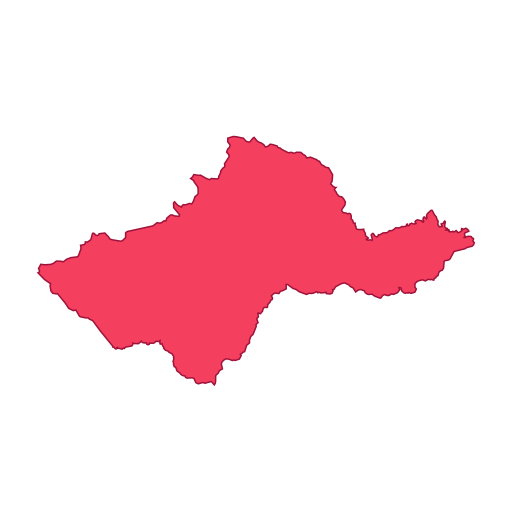 Ngoc Hoi, Kon Tum, Vietnam, rotated 58°
{"feature_id": "81297802B1803091954954", "entity_name": "Ngoc Hoi", "entity_type": "district", "adm_level": 2, "iso_a3": "VNM", "parent_name": "Vietnam", "parent_adm1": "Kon Tum", "projection": "mercator", "projection_center": [107.691, 14.739], "detail": "fine", "context": "isolated", "style": "filled", "palette": "rose", "viewbox_px": 512, "rotation_deg": 58, "n_neighbors": 0, "source": "geoboundaries", "source_scale": "gbopen_adm2", "svg_char_len": 6094}
<svg xmlns="http://www.w3.org/2000/svg" viewBox="0 0 512 512"><g transform="rotate(58 256 256)"><path d="M207.8,153.3L206.6,153.4L201.1,157.4L199.6,161.0L196.9,161.0L194.7,162.2L191.9,163.0L189.5,166.6L189.1,169.2L186.6,171.3L185.8,173.7L178.9,177.9L177.5,178.1L175.7,179.9L173.8,179.8L170.0,183.2L168.7,184.7L169.3,187.9L168.4,190.3L165.8,190.4L163.0,191.6L160.9,193.3L158.6,194.2L154.4,194.7L154.5,196.6L156.0,200.6L155.6,201.8L153.2,203.7L149.5,204.2L144.5,209.4L142.6,211.9L141.1,217.5L144.3,219.5L148.2,219.1L149.8,220.9L150.3,223.3L152.3,225.9L155.6,225.4L157.5,226.1L161.1,233.9L162.3,234.2L163.9,235.6L163.9,237.5L165.2,240.9L165.9,241.2L167.9,243.8L168.6,245.3L170.1,246.4L170.3,247.3L169.7,248.6L166.7,252.6L166.5,255.1L163.5,257.3L158.0,260.2L157.1,262.0L154.0,265.6L155.3,268.0L155.7,270.4L159.0,268.9L160.6,269.2L166.3,268.8L168.4,269.5L172.5,272.1L173.1,273.8L173.3,276.3L176.3,279.9L177.8,282.9L176.2,284.5L175.2,288.8L174.0,290.4L174.0,291.6L175.1,293.2L171.3,295.6L166.9,296.3L167.0,297.2L167.4,297.9L171.5,300.2L180.4,299.0L181.6,300.2L178.8,303.9L176.7,305.3L175.9,307.0L176.6,311.5L178.4,313.8L177.4,315.4L177.7,318.6L176.9,320.5L175.3,322.2L175.9,327.3L167.0,352.2L167.2,354.2L171.3,356.9L172.2,361.2L171.8,362.8L166.3,369.1L164.2,370.9L161.8,370.9L156.4,372.0L154.0,377.2L154.7,378.7L154.5,379.8L153.4,380.8L150.9,381.4L150.2,382.2L150.4,382.9L154.6,387.4L154.9,391.3L153.6,393.3L154.9,393.9L155.2,395.9L153.9,399.1L156.5,400.1L157.6,401.2L161.5,406.2L162.1,407.8L159.3,413.8L158.4,418.2L158.8,422.5L157.2,424.0L154.5,428.0L154.9,431.6L154.4,434.4L151.5,439.8L149.0,442.9L151.4,447.1L153.8,447.4L154.7,448.2L154.7,449.8L163.9,447.8L170.7,444.9L172.1,446.4L176.9,448.4L179.8,448.2L182.3,445.5L182.7,444.3L195.3,442.7L201.3,442.6L205.6,439.8L206.3,437.4L213.6,437.6L214.4,437.2L218.0,433.5L219.4,431.3L221.3,430.7L224.3,428.7L236.7,427.8L256.4,425.3L257.4,425.7L258.1,424.8L259.7,424.6L260.7,424.0L260.1,423.2L260.1,422.1L261.0,422.3L261.5,421.3L264.1,418.9L263.8,417.4L264.7,416.5L264.3,415.9L264.2,414.8L266.5,408.9L265.9,407.6L264.6,406.6L265.5,406.0L268.1,402.1L267.5,398.4L269.2,398.2L270.8,396.5L271.4,395.1L272.9,395.4L274.1,394.5L274.3,393.4L273.4,392.6L275.6,389.2L275.8,388.0L275.3,386.1L277.1,383.7L276.9,382.3L279.6,384.0L280.1,383.7L280.8,382.1L282.7,382.8L284.3,382.6L285.4,383.2L288.0,382.7L289.8,381.1L291.6,380.8L294.3,379.1L297.6,379.0L298.3,379.7L299.5,380.0L301.5,382.3L302.7,382.4L304.2,383.4L306.5,384.0L307.8,383.1L311.8,383.9L314.6,382.7L317.1,382.3L318.9,381.2L320.0,379.9L321.7,380.0L322.9,379.3L325.3,375.0L326.8,373.5L331.6,374.1L333.8,372.7L335.0,368.5L335.9,367.3L336.8,366.9L338.6,360.9L339.3,360.3L343.2,359.7L342.5,358.2L341.2,356.9L336.0,353.5L335.3,350.1L333.8,347.7L334.0,344.3L329.2,342.6L327.9,341.2L327.2,338.1L327.3,336.2L328.7,334.1L332.2,331.3L332.5,329.9L333.6,328.9L334.6,324.7L332.6,321.3L331.0,321.4L331.1,319.4L330.7,318.1L331.1,316.3L326.7,311.1L326.3,307.6L323.8,306.0L321.5,303.1L320.9,300.0L315.9,293.2L314.1,292.2L313.6,289.6L309.5,288.6L308.9,286.2L305.5,284.8L305.5,284.1L307.2,283.2L307.3,282.7L306.1,279.5L304.7,278.2L304.0,276.7L304.6,275.0L305.5,274.1L305.4,273.3L303.4,271.7L302.6,268.7L301.4,266.8L301.5,265.3L300.3,264.2L297.9,264.1L297.3,261.2L297.7,259.1L300.0,256.5L298.8,254.0L299.5,252.0L299.9,247.8L296.1,245.5L297.1,244.2L303.0,241.9L305.8,239.6L309.1,238.4L315.4,233.5L315.8,230.5L316.7,229.6L317.8,227.5L318.4,223.5L320.0,223.1L320.1,221.9L321.6,220.7L323.3,217.6L323.7,215.9L325.2,216.3L327.6,213.1L327.9,211.2L326.3,209.0L325.1,208.8L325.7,207.5L324.3,205.0L324.6,198.6L325.7,195.2L329.6,192.6L331.8,192.2L334.7,190.5L339.3,190.6L339.1,187.2L340.0,184.9L343.1,182.5L345.1,182.8L347.2,181.9L348.3,180.9L349.8,177.9L353.0,176.6L357.5,173.1L357.8,172.4L356.6,169.5L356.8,167.6L359.2,165.5L360.0,163.8L359.9,161.3L361.5,159.6L362.1,155.4L360.8,152.0L358.5,151.5L359.8,150.0L362.7,150.9L365.5,150.2L366.8,149.0L367.3,147.2L368.1,146.7L368.1,145.5L369.8,144.4L370.9,140.5L369.0,137.5L366.5,137.7L363.5,135.6L363.0,132.1L364.4,127.4L366.9,125.6L367.0,122.4L368.5,120.8L368.5,120.0L370.7,118.1L369.5,116.7L369.8,115.3L368.9,113.8L369.1,112.1L366.6,109.4L366.3,106.9L366.8,105.7L365.7,103.4L360.3,99.3L360.1,98.3L361.4,95.0L361.4,93.2L357.1,85.6L360.6,74.9L360.6,72.4L362.2,67.7L361.8,65.5L360.3,63.8L358.1,64.1L356.8,62.4L356.0,62.5L355.2,63.1L353.8,63.1L352.7,64.1L351.3,66.5L351.3,68.6L350.5,69.6L350.0,68.2L347.9,67.6L347.1,66.4L347.8,62.4L346.9,62.2L344.4,62.8L343.6,63.5L343.4,65.6L341.7,67.0L342.1,67.6L343.5,67.8L343.7,71.2L342.8,72.7L342.0,72.4L340.4,72.8L340.7,75.1L339.3,76.0L339.3,77.1L337.7,79.3L337.2,79.4L336.5,78.5L335.9,78.6L335.3,80.4L334.6,81.1L334.5,79.2L333.9,79.2L332.7,80.4L331.4,80.5L330.1,79.8L327.3,77.3L326.4,77.4L326.5,78.2L327.5,79.7L326.9,82.0L329.6,82.5L328.3,85.1L325.6,85.1L322.8,83.0L321.2,83.2L318.5,82.4L315.7,82.8L310.8,82.4L310.3,82.7L310.0,83.6L310.9,88.2L312.0,89.9L314.2,90.8L314.8,91.8L313.7,92.3L312.6,92.2L312.0,92.7L312.1,93.7L313.6,95.1L315.4,95.3L315.9,96.4L315.5,96.8L313.9,96.9L310.8,100.0L310.7,101.8L311.3,103.1L313.1,102.9L313.3,103.3L312.3,105.5L310.7,106.6L310.4,108.7L311.3,109.5L311.1,110.7L310.3,111.6L309.4,110.6L309.0,110.8L309.1,111.7L310.2,112.5L310.2,113.0L309.4,115.2L308.3,116.6L308.2,119.4L306.1,122.6L306.6,126.0L306.3,127.7L305.2,129.4L305.7,132.3L303.7,136.2L303.6,139.9L302.8,140.9L304.0,142.5L304.0,143.3L302.1,144.6L299.2,144.6L298.6,145.2L299.2,147.2L303.7,148.6L304.2,149.4L302.9,150.4L302.0,152.6L300.9,153.5L300.2,153.5L300.6,152.1L300.3,151.2L296.8,152.4L294.8,151.3L291.7,151.1L290.4,150.4L289.1,153.1L287.3,155.8L286.4,156.4L284.6,156.2L283.8,155.5L282.8,155.8L280.7,154.5L279.8,155.8L276.9,155.1L274.8,155.7L272.8,154.1L270.4,153.5L269.1,154.5L268.9,156.0L267.4,156.7L265.4,159.1L263.1,159.3L262.1,158.7L260.0,153.7L257.7,151.6L253.8,151.4L251.3,151.9L249.4,153.9L246.0,154.5L244.5,154.2L241.5,154.4L241.0,154.0L240.3,151.9L239.9,152.6L237.9,153.7L234.7,154.4L233.9,154.0L233.2,152.1L227.8,148.0L219.7,147.7L217.3,150.2L215.7,150.6L213.2,152.1L209.3,152.0L207.8,153.3Z" fill="#f43f5e" stroke="#9f1239" stroke-width="1.5"/></g></svg>